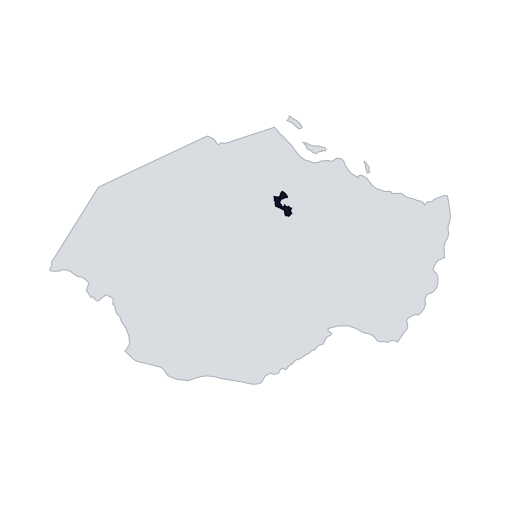 location of Gairo, Morogoro, United Republic of Tanzania, rotated 302°
{"feature_id": "72390352B71030681800047", "entity_name": "Gairo", "entity_type": "district", "adm_level": 2, "iso_a3": "TZA", "parent_name": "United Republic of Tanzania", "parent_adm1": "Morogoro", "projection": "natural_earth1", "projection_center": [37.057, -6.228], "detail": "fine", "context": "in_parent", "style": "filled", "palette": "ink", "viewbox_px": 512, "rotation_deg": 302, "n_neighbors": 0, "source": "geoboundaries", "source_scale": "gbopen_adm2", "svg_char_len": 7220}
<svg xmlns="http://www.w3.org/2000/svg" viewBox="0 0 512 512"><g transform="rotate(302 256 256)"><path d="M202.4,352.9L197.9,350.2L193.9,348.6L190.6,346.7L189.1,344.9L186.0,344.2L183.3,343.9L180.8,342.3L175.7,341.7L175.1,340.6L175.0,338.1L174.1,337.5L172.2,336.8L170.2,336.9L169.0,337.2L168.3,337.1L166.6,335.6L165.1,333.8L164.5,330.8L162.1,329.0L159.4,327.5L151.9,327.6L150.7,327.2L148.9,325.7L146.8,323.2L145.2,320.4L143.7,316.6L142.1,311.5L133.4,291.0L132.5,287.2L130.8,282.9L128.1,277.6L125.1,273.7L121.2,270.1L116.7,266.6L114.2,264.2L109.6,254.6L108.6,250.1L107.9,245.4L108.2,243.5L111.0,237.5L111.3,235.8L111.0,233.5L109.5,228.7L107.7,222.9L104.0,212.3L103.5,209.6L103.5,207.6L105.6,196.9L105.6,195.4L114.2,195.6L120.5,190.9L126.0,183.8L127.1,180.9L129.3,176.3L131.5,174.1L132.3,172.5L133.6,168.0L136.4,165.0L139.2,162.6L138.7,161.0L139.1,160.4L140.6,159.2L143.6,158.1L144.2,155.7L144.1,153.0L143.7,151.5L143.7,149.8L143.3,148.9L141.3,148.6L138.5,147.3L136.0,146.7L134.4,145.9L133.8,145.4L133.5,143.8L134.9,139.6L133.5,138.0L136.5,131.1L137.0,130.3L138.1,130.2L139.9,129.5L141.5,129.1L142.8,129.4L143.7,129.1L144.6,128.3L145.3,126.0L145.9,122.1L145.6,119.0L144.3,116.6L144.0,112.8L144.5,107.9L144.1,103.7L142.7,100.4L141.3,98.4L139.2,97.5L135.8,92.4L134.7,90.0L134.9,88.5L136.1,87.8L138.2,88.0L140.3,87.5L142.2,86.1L144.0,85.7L145.0,85.9L231.0,85.9L331.6,150.8L332.0,151.6L332.8,157.2L332.6,159.1L331.1,162.3L330.6,164.0L330.6,165.1L331.0,165.6L332.3,165.8L333.4,166.5L333.9,167.1L334.7,169.5L335.8,170.8L374.0,202.6L374.9,203.1L374.3,205.8L372.2,212.2L372.0,214.9L371.2,218.1L370.4,220.2L368.2,229.3L366.3,232.7L363.8,240.7L363.4,246.9L364.8,251.1L365.3,255.1L368.2,259.1L370.6,260.5L372.2,262.3L375.0,266.4L376.6,270.5L381.7,272.5L383.7,277.2L382.9,280.3L380.6,283.0L378.4,287.2L376.6,292.9L376.5,301.4L377.7,300.1L380.4,302.2L380.7,308.5L378.0,315.9L377.1,319.3L377.0,322.3L379.0,331.1L382.0,335.6L381.8,337.0L381.0,338.1L386.2,346.1L385.7,353.0L387.7,358.3L388.5,363.0L389.8,366.6L390.0,369.0L388.4,371.8L392.2,372.4L394.4,374.7L395.5,376.8L398.2,376.7L399.7,378.2L401.8,379.4L406.5,383.0L407.8,384.8L408.5,386.5L395.5,397.8L390.8,400.8L387.5,402.1L383.9,402.9L380.5,404.6L377.3,407.4L373.2,408.9L368.2,408.9L362.9,410.8L354.6,416.7L349.8,413.4L346.1,412.4L341.7,412.5L339.1,412.9L338.1,413.6L337.3,415.6L336.6,418.9L333.7,422.0L328.7,425.0L324.1,426.1L319.9,425.4L317.1,424.1L315.6,422.4L313.4,421.6L310.5,421.7L307.7,423.0L305.1,425.3L300.8,426.3L295.0,426.0L291.9,424.9L291.5,422.9L288.9,420.6L284.2,418.0L280.8,418.0L278.6,420.5L276.6,422.1L274.8,422.7L273.2,422.8L270.8,422.1L264.4,421.8L258.3,421.9L257.7,418.3L256.4,416.1L255.3,414.7L253.2,414.4L252.6,413.4L251.9,411.1L250.9,409.2L249.5,407.6L248.7,406.1L248.4,404.7L248.6,403.2L249.9,399.5L250.3,396.9L250.1,394.3L249.4,391.6L248.0,388.4L248.1,387.5L247.6,385.3L247.6,383.8L247.8,381.9L247.6,379.4L246.3,374.1L246.3,372.7L245.0,370.1L240.9,364.0L240.7,363.2L234.4,357.1L231.8,355.7L230.9,356.9L230.6,357.9L230.8,359.9L230.7,360.9L230.4,361.3L228.9,361.3L228.0,361.0L225.6,359.4L223.7,359.0L219.0,359.3L217.4,359.7L216.1,359.3L213.7,356.5L210.8,355.9L208.2,355.7L203.9,352.5L202.4,352.9ZM382.3,250.2L384.4,256.9L384.2,258.2L382.7,259.0L381.9,259.0L381.0,258.0L380.3,255.7L379.2,256.2L377.3,253.5L375.4,253.4L373.7,250.1L374.4,247.3L374.0,242.4L376.1,240.0L377.2,235.8L378.5,238.6L378.8,243.1L380.6,248.3L382.3,250.2ZM392.5,209.9L392.7,211.5L392.2,213.0L392.3,217.8L392.2,221.0L390.6,225.4L389.3,227.0L388.2,226.5L387.2,225.8L386.5,224.6L388.0,216.5L387.2,210.5L390.2,211.1L392.5,209.9ZM388.1,307.5L386.7,307.9L386.1,307.5L385.2,306.1L386.8,305.0L388.3,302.8L391.9,299.6L393.5,297.0L393.3,299.5L391.2,305.0L389.5,305.4L388.1,307.5Z" fill="#d9dde1" stroke="#a8b0b8" stroke-width="1"/><path d="M307.1,258.4L306.9,258.7L306.4,259.2L306.3,259.8L306.3,260.0L306.3,260.3L306.7,260.5L306.9,260.5L307.0,260.7L307.0,260.9L307.1,261.1L307.1,261.4L307.1,261.6L307.1,261.8L307.0,262.1L307.3,262.1L307.5,262.3L307.9,262.7L308.1,263.0L309.2,262.9L309.4,263.0L309.8,263.1L310.1,263.1L310.3,263.0L310.5,263.3L310.6,263.5L310.8,263.6L310.9,263.4L311.0,263.4L311.1,263.1L311.0,262.9L311.5,262.7L311.6,262.4L311.6,262.2L311.9,261.8L311.9,261.7L312.2,261.6L312.7,261.1L312.8,260.9L312.9,260.7L313.0,260.6L313.3,260.6L313.5,260.6L313.8,260.6L314.1,260.6L314.3,260.8L314.4,260.7L314.5,260.7L314.8,260.7L314.7,260.6L314.8,260.3L314.7,260.1L314.8,259.9L314.8,259.5L314.8,259.3L314.9,259.0L315.0,258.8L315.0,258.7L314.9,258.5L314.5,258.0L314.8,257.8L315.1,257.4L314.9,257.2L314.6,257.2L314.4,257.0L314.2,256.9L313.7,256.6L313.7,255.3L313.7,255.0L313.7,254.4L313.8,254.5L314.0,254.4L314.2,254.0L314.2,253.8L314.2,253.5L313.9,253.7L313.7,253.7L313.5,253.8L313.4,253.8L313.1,253.9L313.0,254.0L312.9,254.0L312.9,253.9L312.7,253.8L312.4,253.9L312.2,253.9L312.1,253.7L312.0,253.4L312.0,253.2L311.8,252.7L312.0,252.7L311.8,252.6L311.7,252.5L311.7,252.2L311.8,251.9L311.7,251.7L311.4,251.2L311.5,251.0L311.6,250.8L311.7,250.5L311.8,250.4L312.0,250.4L312.3,250.4L312.5,250.4L312.7,250.2L312.8,250.1L312.7,249.9L312.7,249.7L312.6,249.3L312.6,249.2L312.8,249.1L313.2,248.6L313.3,248.5L313.3,248.4L313.3,248.1L313.3,247.9L313.4,247.7L313.5,247.6L313.8,247.5L313.8,247.4L314.0,247.3L314.1,247.2L314.3,247.2L314.5,247.2L314.8,247.2L314.8,247.3L315.2,247.3L315.4,247.2L315.4,247.3L315.5,247.3L315.7,247.2L316.1,247.2L316.3,247.1L316.3,246.9L316.3,246.7L316.3,246.2L316.6,246.0L317.1,246.4L317.3,246.9L317.8,247.2L318.3,247.7L318.7,248.0L318.9,248.4L319.8,248.9L320.6,249.2L321.0,249.3L321.2,249.5L321.3,249.8L321.3,250.0L321.5,250.2L321.6,250.3L321.8,250.4L321.8,250.6L322.0,250.6L322.2,251.0L322.3,251.2L322.4,251.3L322.7,251.2L322.8,251.1L322.9,250.9L323.0,250.8L323.0,250.7L323.1,250.3L323.2,250.1L323.3,250.1L323.4,249.9L323.4,249.7L323.5,249.7L323.6,249.4L323.6,249.2L323.7,248.9L323.8,248.7L323.9,248.4L324.0,248.4L324.1,248.2L324.2,247.9L324.1,247.7L324.2,247.4L324.3,247.4L324.3,247.2L324.2,247.2L324.1,246.9L324.1,246.7L324.2,246.4L324.3,246.4L324.5,246.3L324.5,246.2L324.4,245.9L324.4,245.6L324.5,245.2L324.6,244.9L324.5,244.6L324.6,244.4L324.3,244.3L324.2,244.3L324.0,244.2L323.8,244.0L323.7,243.9L323.4,243.8L323.2,243.9L323.1,244.0L322.9,244.0L322.7,244.0L322.2,244.0L321.9,244.3L321.7,244.4L321.4,244.4L321.3,244.5L321.2,244.4L320.8,244.4L320.7,244.4L320.5,244.5L320.3,244.6L319.2,244.6L318.7,244.6L318.2,244.3L317.9,244.3L317.7,243.9L317.4,243.6L317.3,243.3L317.1,243.0L317.1,242.7L316.6,241.7L316.4,241.3L316.2,240.8L316.1,240.5L316.1,240.4L316.0,240.1L315.9,240.2L314.6,241.3L314.4,241.5L313.9,242.0L313.8,241.9L313.0,242.2L312.7,243.0L312.4,243.6L312.3,243.8L312.0,244.0L311.8,244.1L311.6,244.3L311.2,244.5L310.8,244.7L310.7,244.7L310.6,244.8L310.3,244.9L310.3,245.0L310.1,245.1L309.6,245.6L309.1,246.2L308.9,246.4L309.0,246.6L309.0,246.9L309.1,247.1L309.3,248.8L309.4,249.4L309.4,249.7L309.5,250.2L309.6,250.7L309.6,251.1L309.6,251.9L309.7,252.2L309.8,252.7L309.8,253.0L309.8,253.5L309.8,254.3L309.8,254.5L309.9,255.2L309.9,255.5L309.8,256.0L309.6,256.2L309.4,256.5L309.2,256.7L309.1,256.8L308.9,257.0L308.7,257.2L308.4,257.4L308.2,257.6L307.9,257.7L307.7,257.7L307.6,257.8L307.4,258.1L307.2,258.3L307.1,258.4Z" fill="#0f172a" stroke="#020617" stroke-width="1.5"/></g></svg>